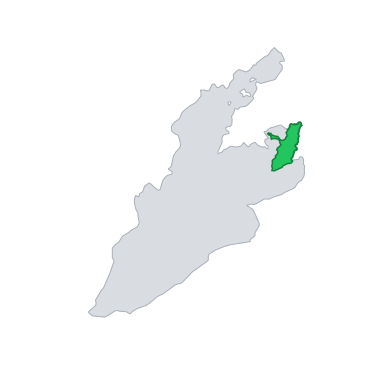 location of Chatkal, Jalal-Abad, Kyrgyzstan, rotated 142°
{"feature_id": "92254566B64502136331534", "entity_name": "Chatkal", "entity_type": "district", "adm_level": 2, "iso_a3": "KGZ", "parent_name": "Kyrgyzstan", "parent_adm1": "Jalal-Abad", "projection": "equal_earth", "projection_center": [70.686, 41.73], "detail": "fine", "context": "in_parent", "style": "filled", "palette": "green", "viewbox_px": 384, "rotation_deg": 142, "n_neighbors": 0, "source": "geoboundaries", "source_scale": "gbopen_adm2", "svg_char_len": 7462}
<svg xmlns="http://www.w3.org/2000/svg" viewBox="0 0 384 384"><g transform="rotate(142 192 192)"><path d="M85.7,228.1L86.6,227.5L89.6,226.9L95.6,226.3L97.6,226.8L101.8,229.3L104.9,228.9L105.5,229.3L106.7,231.4L111.0,228.3L114.2,227.4L115.8,224.3L119.2,220.6L122.0,220.1L122.1,220.6L122.7,221.2L125.6,222.0L126.5,221.1L127.0,219.7L125.9,217.6L125.9,216.7L126.8,215.4L131.6,217.4L132.6,217.4L134.8,216.3L136.7,214.3L137.4,212.7L147.0,207.7L147.7,206.7L147.5,206.1L143.5,204.9L141.7,205.5L140.0,205.6L138.9,204.8L134.0,204.5L133.0,204.0L129.7,200.4L125.6,198.1L123.6,198.2L121.3,199.1L120.6,198.7L120.4,195.3L119.9,193.2L118.5,192.7L116.7,193.5L111.8,192.4L111.2,188.1L109.3,184.3L106.7,182.8L106.6,180.5L105.6,179.5L104.9,179.8L103.9,181.0L104.4,183.5L104.0,186.0L103.4,187.3L102.3,188.2L101.0,188.2L98.8,186.9L98.4,194.6L98.0,195.1L95.3,194.0L93.2,194.5L90.0,194.0L87.6,192.7L82.9,191.3L80.7,189.9L79.3,184.8L78.0,182.9L76.8,182.5L71.8,184.3L66.7,181.2L64.2,180.5L63.5,179.6L63.6,178.4L71.4,172.7L74.4,168.8L76.4,167.2L81.2,165.4L82.3,161.8L82.7,161.4L87.7,159.7L93.2,156.6L93.3,155.7L92.8,155.0L87.8,152.1L85.3,153.4L83.7,151.7L83.7,150.0L85.4,147.1L86.8,145.6L87.4,142.8L89.4,141.0L91.5,138.0L94.0,135.6L98.6,133.7L101.2,134.3L103.6,133.9L107.4,132.4L109.7,132.3L119.4,134.6L122.6,134.7L130.1,137.6L136.0,139.1L139.0,141.9L148.4,143.2L151.0,144.0L152.0,145.4L154.7,147.1L157.0,147.5L154.9,140.7L155.6,136.7L158.4,125.7L160.0,124.0L167.6,121.0L169.3,118.7L174.9,118.7L176.0,118.3L176.6,117.0L193.8,126.6L200.4,129.3L209.4,131.8L217.0,132.6L218.2,132.0L221.2,128.3L222.6,128.1L241.4,128.8L254.8,126.8L256.7,126.9L261.8,129.0L277.7,129.6L284.0,131.0L293.8,130.5L298.0,130.8L305.6,133.5L308.3,134.0L313.2,134.5L315.1,134.0L316.2,134.6L317.4,138.0L322.2,142.4L324.0,144.7L325.8,145.7L334.7,146.4L338.0,147.3L346.6,155.6L347.8,160.4L347.0,161.4L338.4,162.0L336.5,162.7L334.5,166.3L323.1,170.7L321.4,170.6L306.1,178.9L295.6,185.8L295.3,189.2L289.3,196.9L284.5,197.8L280.5,197.6L274.0,199.9L265.5,199.1L262.6,199.3L257.0,198.2L254.8,198.8L252.4,200.3L249.3,206.5L248.0,207.9L247.5,209.3L247.0,212.3L245.9,215.4L243.2,220.2L240.9,222.5L238.7,223.9L236.9,220.9L234.1,223.0L231.4,222.6L229.7,223.2L226.0,225.7L220.4,225.6L219.8,224.7L218.5,217.7L217.5,214.4L216.7,213.7L215.7,213.6L207.8,219.1L204.2,220.1L201.1,220.2L197.1,218.6L196.3,219.0L195.6,219.9L195.3,221.0L196.6,224.2L196.2,224.8L194.5,224.7L192.0,225.4L184.4,231.9L179.6,233.6L175.1,234.3L172.5,235.5L171.0,237.9L168.1,244.6L168.3,246.0L169.5,247.8L170.5,251.9L170.3,253.0L168.0,256.3L164.9,257.4L162.5,257.9L157.8,257.4L155.5,258.1L151.1,260.7L147.5,261.1L140.7,261.2L134.0,260.2L131.8,260.6L125.9,262.1L123.9,264.5L122.9,266.7L122.3,267.0L119.9,265.0L116.9,261.5L115.4,261.6L110.1,264.4L109.3,264.3L107.8,263.2L108.0,258.8L106.2,257.9L102.6,257.7L101.4,256.7L101.8,253.9L101.4,252.8L100.4,252.0L98.5,252.2L94.8,254.6L90.3,255.4L88.8,256.2L87.1,259.3L81.2,259.9L79.3,259.2L75.7,253.5L72.6,252.6L69.5,252.8L65.3,254.3L64.2,253.1L63.1,252.8L62.2,253.8L57.0,253.9L51.7,253.8L48.7,253.1L46.7,253.1L42.8,254.7L38.1,255.0L37.6,249.7L36.2,246.1L37.6,240.2L38.5,238.3L42.0,240.5L43.3,240.1L43.6,239.0L43.1,236.3L44.9,233.4L57.4,229.5L71.2,235.3L73.0,239.0L74.2,238.8L76.1,237.1L76.7,234.0L79.4,232.2L85.4,230.1L85.7,228.1ZM92.8,241.1L93.1,240.6L92.0,237.9L93.4,235.3L90.6,234.9L89.2,234.1L87.6,231.5L87.0,231.4L86.2,232.1L85.8,233.8L86.2,235.6L88.2,237.4L87.2,241.0L91.4,241.5L92.8,241.1ZM78.4,243.7L78.3,242.9L77.3,242.5L72.1,241.5L72.3,242.3L74.3,245.0L75.8,245.1L78.4,243.7ZM109.2,239.0L109.5,237.3L106.4,238.3L106.0,239.1L107.1,240.2L108.5,240.6L109.2,239.0Z" fill="#d9dde1" stroke="#a8b0b8" stroke-width="1"/><path d="M99.3,173.1L99.2,171.5L100.4,170.1L102.0,169.3L104.1,169.2L104.9,167.6L109.2,167.5L111.2,164.9L113.4,163.1L113.9,161.2L115.8,159.7L114.1,158.0L105.8,156.0L103.8,156.6L99.1,155.5L96.5,153.8L94.2,154.0L93.7,154.4L93.8,155.9L93.9,156.0L94.0,156.1L94.1,156.4L93.9,156.5L93.7,156.4L93.7,156.6L93.5,156.8L93.3,156.9L93.2,157.0L93.2,157.3L92.9,157.5L92.7,157.5L92.4,157.5L92.4,157.4L92.1,157.3L91.9,157.3L91.7,157.3L91.4,157.4L91.4,157.5L91.1,157.8L91.0,157.7L90.8,157.6L90.6,157.8L90.6,158.0L90.4,158.3L90.2,158.3L89.8,158.3L89.7,158.4L89.7,158.5L89.6,159.1L89.2,159.1L88.9,159.2L88.9,159.3L88.7,159.4L88.4,159.4L88.4,159.5L88.2,159.6L88.1,159.8L88.0,160.1L87.9,160.2L87.6,160.1L87.5,160.3L87.2,160.3L87.0,160.5L87.1,160.8L86.8,160.9L86.8,161.1L86.7,161.3L86.4,161.4L86.2,161.4L85.7,161.4L85.2,161.4L84.8,161.3L84.7,161.2L84.4,161.0L84.0,161.1L83.9,160.9L83.8,160.7L83.6,160.7L83.5,160.8L83.4,160.9L83.1,160.7L82.9,160.7L82.9,160.8L82.9,161.0L82.7,161.1L82.7,161.3L82.8,161.4L82.8,161.5L82.5,161.9L82.5,162.0L82.3,162.1L82.3,162.4L82.3,162.5L82.2,162.6L82.3,162.7L82.4,162.9L82.6,163.0L82.5,163.3L82.5,163.5L82.6,163.8L82.6,164.1L82.7,164.4L82.6,164.5L82.5,164.8L82.4,164.8L82.4,165.0L82.2,165.3L81.9,165.3L81.6,165.3L81.3,165.5L81.1,165.3L80.9,165.2L80.7,165.3L80.5,165.2L80.4,165.2L80.2,165.0L80.2,164.9L79.9,164.9L80.0,165.1L80.0,165.4L79.9,165.6L79.8,165.8L79.7,165.8L79.5,165.7L79.4,165.8L79.2,165.6L78.9,165.5L78.7,165.5L78.4,165.6L78.1,165.7L77.8,165.8L77.7,165.8L77.6,166.0L77.3,166.0L77.2,166.2L77.2,166.3L77.3,166.4L77.2,166.5L77.0,166.8L76.9,166.9L76.8,167.1L76.7,167.3L76.5,167.5L76.4,167.8L76.3,168.0L76.2,168.0L75.9,168.0L75.6,168.1L75.5,168.6L75.4,168.7L75.4,168.9L75.4,169.0L75.5,169.2L75.4,169.3L74.9,169.2L74.8,169.3L74.6,169.6L74.4,169.6L74.2,169.7L74.1,169.8L73.9,169.8L73.7,170.0L73.4,170.0L73.3,170.3L73.1,170.5L73.0,170.8L72.9,171.0L72.9,171.4L72.8,171.7L72.8,171.8L72.8,172.1L72.8,172.3L72.7,172.7L72.6,172.9L72.2,172.9L71.7,172.9L71.7,173.0L71.4,173.3L71.2,173.6L70.9,173.6L70.7,173.8L70.4,173.9L70.4,174.0L70.2,174.0L69.9,174.2L69.7,174.3L69.4,174.6L69.2,175.1L69.0,175.5L68.9,175.6L68.7,175.7L68.4,175.8L68.2,176.0L67.8,176.0L67.6,176.0L67.4,176.1L67.0,176.2L66.9,176.3L66.8,176.6L66.7,176.6L66.4,176.6L66.3,176.8L66.0,177.1L65.9,177.1L65.8,176.9L65.5,176.8L65.4,176.8L65.2,176.8L64.7,177.0L64.4,176.9L64.4,177.1L64.6,177.6L64.6,177.9L64.4,178.1L64.4,178.3L64.2,178.4L64.1,178.5L63.9,178.5L63.8,178.8L63.6,178.9L63.7,179.1L63.8,179.4L63.7,179.5L63.6,180.1L63.4,180.2L63.3,180.5L63.4,180.4L63.5,180.5L63.8,180.7L64.0,180.8L64.3,180.9L64.5,180.9L64.6,181.0L65.0,181.4L65.3,181.4L65.6,181.2L65.9,181.2L66.1,181.1L66.3,180.9L66.3,180.7L66.6,180.5L66.8,180.4L67.0,180.3L67.1,180.5L67.3,180.7L67.6,180.8L67.6,181.0L68.0,181.1L68.3,181.3L68.8,181.3L68.9,181.6L69.0,181.7L69.0,181.8L69.2,182.3L69.3,182.3L69.6,182.3L69.7,182.2L69.8,182.2L70.0,182.2L70.0,182.3L70.1,182.5L70.3,182.6L70.3,182.8L70.6,182.9L70.9,183.1L71.0,183.2L71.0,183.3L71.3,183.5L71.6,183.8L71.8,184.1L71.8,184.4L71.8,184.5L72.2,184.8L72.3,184.9L72.5,184.9L72.8,184.7L72.9,184.8L73.0,184.8L73.1,184.7L73.3,184.6L73.5,184.6L73.8,184.4L74.0,184.5L74.1,184.4L74.1,184.2L74.3,183.8L74.6,183.8L74.6,183.7L74.6,183.4L74.6,183.2L74.8,183.2L75.1,183.2L75.2,182.8L75.3,182.7L75.5,182.7L75.5,182.8L75.8,182.8L76.0,182.6L76.4,182.5L76.5,182.6L76.8,182.6L77.0,182.5L77.2,182.3L77.3,182.2L77.7,182.2L77.8,182.1L78.0,182.2L78.2,182.3L78.4,182.4L78.8,181.5L81.2,180.9L82.5,177.4L84.6,177.3L85.5,176.2L89.3,177.0L90.3,178.9L90.2,182.2L90.6,183.5L91.6,184.1L93.7,187.4L94.3,188.6L93.7,189.5L94.9,190.4L95.1,191.4L96.6,191.3L96.4,189.6L95.5,188.8L95.5,187.2L96.6,185.8L96.8,184.6L95.7,184.5L93.6,182.9L91.9,181.1L91.4,178.8L92.8,175.9L92.8,174.2L97.6,174.0L99.3,173.1Z" fill="#22c55e" stroke="#15803d" stroke-width="1.5"/></g></svg>